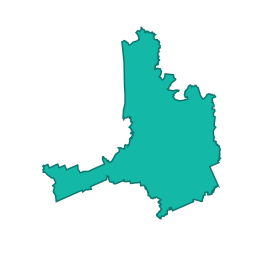 Zirņu pag., Saldus, Latvia (orthographic projection), rotated 258°
{"feature_id": "27541924B62939624969676", "entity_name": "Zirņu pag.", "entity_type": "district", "adm_level": 2, "iso_a3": "LVA", "parent_name": "Latvia", "parent_adm1": "Saldus", "projection": "orthographic", "projection_center": [22.269, 56.702], "detail": "fine", "context": "isolated", "style": "filled", "palette": "teal", "viewbox_px": 256, "rotation_deg": 258, "n_neighbors": 0, "source": "geoboundaries", "source_scale": "gbopen_adm2", "svg_char_len": 5880}
<svg xmlns="http://www.w3.org/2000/svg" viewBox="0 0 256 256"><g transform="rotate(258 128 128)"><path d="M102.4,35.9L102.0,37.8L98.9,39.5L95.1,42.8L94.5,44.9L89.9,45.9L89.5,46.0L88.6,44.9L87.3,42.5L85.5,43.8L81.1,41.7L76.9,43.2L70.9,42.5L76.7,70.1L74.9,70.4L76.5,74.3L76.0,75.0L75.7,79.4L78.5,79.0L82.0,96.2L84.5,97.4L85.3,97.1L85.2,98.3L84.7,99.0L82.1,98.5L79.1,99.2L78.5,100.6L78.5,101.6L77.5,102.7L76.9,102.3L76.4,102.7L76.0,104.7L77.9,113.4L76.7,113.0L75.9,114.8L75.8,118.6L73.2,119.1L72.8,124.5L72.4,126.1L72.5,128.7L68.9,128.4L68.5,131.8L67.6,132.3L65.8,132.3L66.1,133.2L65.9,133.5L65.3,133.4L65.1,132.5L64.8,132.4L63.7,133.6L62.8,134.0L61.0,133.9L60.7,134.2L60.8,134.6L58.1,133.6L56.6,135.2L54.8,135.7L53.7,137.8L54.6,138.9L53.9,140.1L54.7,140.8L54.6,141.4L54.3,142.1L52.9,143.0L52.6,143.7L50.8,145.3L50.1,143.3L49.8,143.2L49.8,142.7L49.2,142.2L48.1,142.6L47.9,143.0L48.1,143.8L46.2,144.3L45.7,144.0L45.9,142.8L45.5,142.4L41.4,143.9L41.1,143.2L39.3,141.7L39.9,141.2L37.6,139.0L37.8,138.4L36.4,137.9L35.8,138.1L35.4,138.7L34.0,139.6L33.9,140.1L32.9,140.3L32.4,141.2L35.0,142.5L34.4,143.9L34.2,144.9L35.7,146.7L35.2,146.7L35.3,148.0L35.5,148.4L39.2,149.2L39.8,151.2L39.3,151.5L39.4,152.7L41.1,151.8L41.4,153.1L41.5,153.6L37.8,154.4L42.4,176.8L43.8,176.5L44.6,177.2L43.0,180.9L40.9,184.5L41.1,185.6L43.4,186.2L44.3,187.3L45.5,187.3L46.1,188.1L46.5,189.5L47.1,189.3L48.7,189.7L48.6,190.1L49.0,191.5L48.4,192.7L47.8,192.8L46.8,192.0L45.9,192.4L45.9,196.0L46.2,196.1L46.2,196.5L46.5,196.6L46.5,196.3L47.0,196.3L47.0,196.7L47.3,196.7L47.4,197.6L48.1,197.3L48.0,197.6L48.3,197.6L48.0,197.9L48.0,198.5L48.7,198.2L49.2,199.2L49.9,198.7L50.2,199.3L49.7,199.2L50.2,199.9L50.9,200.4L51.2,200.2L51.7,201.3L52.0,201.0L51.8,201.8L52.1,201.9L52.0,202.1L52.2,202.3L52.2,202.8L52.6,202.8L52.4,203.3L52.7,204.1L52.5,204.3L73.3,199.9L75.3,209.6L75.9,209.2L77.0,209.1L77.6,209.9L77.5,210.1L77.6,210.4L78.4,210.5L78.2,210.8L78.5,210.8L78.5,211.1L78.9,211.1L79.0,211.6L79.2,211.3L80.2,211.8L80.3,211.4L81.2,211.3L82.6,212.3L83.4,211.9L83.9,212.4L85.6,212.8L86.7,212.8L87.0,213.3L87.2,213.1L88.4,213.8L90.3,213.1L91.2,213.5L92.3,212.7L92.1,212.5L92.2,212.2L92.8,212.1L92.7,211.7L93.4,211.1L93.9,211.5L94.9,210.7L96.1,211.4L96.6,211.3L97.1,210.4L97.0,209.2L97.2,208.9L97.9,209.3L98.8,209.3L100.9,210.6L102.4,210.1L106.8,210.7L108.5,211.5L110.6,214.0L112.3,212.6L121.3,215.7L120.7,215.1L121.8,214.2L124.2,214.5L124.9,214.8L126.5,216.5L128.1,216.5L128.6,215.9L128.6,215.1L128.9,214.4L129.5,214.2L130.2,214.5L131.0,215.4L131.0,216.4L131.9,216.8L135.3,216.4L135.3,215.7L135.6,215.5L137.1,216.4L137.7,216.0L138.5,216.2L139.8,216.9L140.3,220.1L142.1,219.3L142.3,218.2L142.7,217.4L143.4,217.1L143.2,216.1L144.0,215.6L144.6,214.1L144.6,213.4L144.2,212.9L144.2,212.2L142.4,210.8L141.0,208.5L140.8,207.1L144.9,205.6L152.8,205.0L153.9,203.9L155.4,203.4L155.7,202.4L155.0,202.1L155.1,201.2L155.0,200.6L155.6,199.9L155.5,199.1L154.9,198.8L157.0,198.2L156.8,196.6L155.9,195.6L153.9,194.5L153.7,193.8L152.9,193.2L152.6,192.5L152.7,192.2L151.2,191.0L150.5,191.3L149.0,190.1L147.7,190.2L146.0,190.6L146.1,192.6L143.7,192.1L143.7,188.9L143.5,187.7L144.0,183.2L144.7,182.6L145.9,180.1L149.3,178.6L150.0,179.7L151.1,179.2L153.9,184.0L153.4,184.5L153.4,185.0L154.2,185.6L154.9,184.0L155.2,182.2L155.0,180.5L155.2,179.2L155.6,178.8L155.5,178.1L156.1,177.4L156.3,175.9L157.8,174.6L157.9,175.9L159.7,176.7L161.2,178.7L161.8,178.3L163.2,180.2L165.1,184.1L165.8,184.8L168.2,183.1L170.2,183.6L170.7,183.3L173.2,175.5L170.4,174.6L168.7,173.2L167.9,171.6L169.5,170.5L170.3,170.7L170.8,170.4L171.0,169.4L171.7,169.2L173.0,170.8L175.1,172.0L176.7,172.5L178.2,171.7L179.0,172.0L180.3,169.0L179.5,166.8L179.8,166.3L181.3,167.3L182.9,167.3L183.8,169.1L184.6,169.3L184.6,169.5L183.7,170.1L183.9,170.7L185.0,170.5L185.1,171.1L185.5,171.3L185.9,171.0L187.0,171.4L187.6,172.8L188.2,172.9L188.3,172.4L189.3,172.1L189.6,171.3L190.9,173.0L191.8,173.0L191.7,172.3L192.0,171.9L193.8,172.7L195.9,173.0L196.1,174.2L196.6,173.8L197.2,174.3L199.3,174.2L199.5,174.5L199.5,175.3L199.4,175.4L199.5,175.8L200.2,176.2L201.2,176.2L201.7,176.6L203.5,175.5L204.9,176.5L205.7,176.6L206.7,176.2L206.5,175.7L206.6,175.4L208.3,175.2L208.4,174.0L209.0,172.7L209.5,172.2L212.1,172.1L212.5,172.8L213.1,173.1L213.5,173.9L213.6,173.0L214.4,172.3L215.1,173.2L215.6,172.1L216.8,171.5L215.8,170.5L217.2,168.8L217.2,167.9L218.4,167.7L218.9,165.9L217.7,165.4L217.9,164.5L220.5,164.3L222.3,162.2L223.4,162.2L223.6,161.8L221.5,161.2L220.0,159.3L221.2,157.8L219.7,155.7L216.1,157.5L216.0,157.2L212.1,157.4L211.9,156.0L211.3,155.0L210.8,150.5L209.8,149.4L208.9,147.5L208.9,146.2L211.4,145.5L214.2,142.8L213.6,140.0L193.5,137.9L170.7,133.5L161.3,132.1L152.6,130.2L146.6,127.4L138.8,125.2L137.3,125.6L138.2,126.1L138.6,127.0L138.2,128.2L138.8,130.6L138.8,131.6L138.2,132.8L137.6,132.8L137.6,131.7L137.2,131.5L136.7,132.4L135.6,132.7L135.0,132.2L133.2,132.2L132.9,133.4L132.5,133.6L129.6,131.2L128.6,129.3L128.3,129.5L128.4,130.2L128.3,130.4L127.0,130.3L126.4,131.0L125.5,130.7L125.0,131.3L124.3,131.1L123.3,132.2L122.4,132.7L121.6,131.8L122.9,130.1L122.4,129.5L121.8,129.6L121.8,130.5L120.0,131.6L119.6,131.3L119.2,130.0L117.0,129.5L117.1,129.1L117.8,128.8L117.9,128.5L117.2,128.2L117.1,127.6L116.1,127.7L116.0,127.1L114.8,127.0L111.3,125.4L110.6,124.5L111.5,124.8L111.4,122.9L112.2,121.8L110.6,120.8L108.5,120.4L108.5,119.4L109.4,117.4L109.9,117.3L110.6,114.5L109.1,115.3L106.6,114.4L104.8,110.5L98.9,105.3L98.0,102.6L100.2,102.1L100.2,101.4L99.8,100.8L101.9,100.4L103.5,98.4L105.0,98.0L104.9,97.1L102.3,96.6L97.5,97.5L94.6,83.4L93.8,80.4L94.8,74.9L94.2,73.8L94.1,71.8L95.7,71.5L97.8,70.4L101.4,71.1L102.3,70.9L99.9,59.3L104.6,58.3L103.5,52.4L107.3,51.7L105.3,42.7L109.0,41.9L108.1,37.8L108.9,37.7L108.8,37.3L108.4,37.3L108.0,36.8L106.6,37.5L105.7,37.3L105.2,36.6L105.0,37.0L104.2,36.2L103.6,36.5L102.4,35.9Z" fill="#14b8a6" stroke="#0f766e" stroke-width="1.5"/></g></svg>